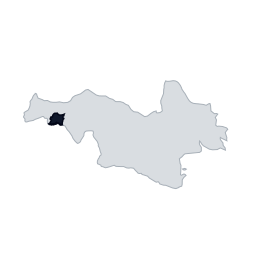 Musan, Hamgyŏng-bukto, North Korea (highlighted), rotated 239°
{"feature_id": "82179303B23816821783286", "entity_name": "Musan", "entity_type": "district", "adm_level": 2, "iso_a3": "PRK", "parent_name": "North Korea", "parent_adm1": "Hamgyŏng-bukto", "projection": "mercator", "projection_center": [129.196, 42.155], "detail": "fine", "context": "in_parent", "style": "filled", "palette": "ink", "viewbox_px": 256, "rotation_deg": 239, "n_neighbors": 0, "source": "geoboundaries", "source_scale": "gbopen_adm2", "svg_char_len": 5354}
<svg xmlns="http://www.w3.org/2000/svg" viewBox="0 0 256 256"><g transform="rotate(239 128 128)"><path d="M149.0,184.7L148.1,185.2L146.6,187.8L145.3,191.1L143.9,192.9L142.4,193.9L140.7,194.5L137.5,194.8L134.5,194.5L133.6,194.2L129.5,194.4L128.4,194.6L122.5,194.4L119.5,194.6L117.5,195.3L115.6,196.6L113.9,198.7L112.4,200.8L109.3,204.8L107.2,206.7L107.2,209.4L107.1,210.3L106.4,210.9L106.1,210.6L104.9,210.4L99.9,207.9L95.8,209.4L94.8,211.4L93.7,212.1L92.1,208.2L89.4,208.0L85.2,204.6L83.4,205.3L82.9,206.7L80.6,209.8L77.4,212.5L76.3,212.8L75.2,212.6L75.3,211.9L74.0,209.0L68.9,207.8L67.1,206.5L66.1,206.2L71.1,202.9L72.4,202.3L71.5,201.6L70.4,201.2L66.3,201.7L64.1,200.6L61.0,201.0L58.8,200.1L63.3,196.9L63.5,194.9L63.5,193.5L65.8,189.2L68.0,186.8L74.0,183.4L76.6,182.9L78.4,183.0L80.0,182.7L78.4,181.4L76.8,180.8L73.7,180.9L70.5,179.0L70.2,176.9L76.4,163.8L76.5,162.6L75.5,159.3L75.2,156.2L70.8,154.4L68.8,154.2L63.2,150.6L60.9,148.9L60.0,149.4L59.8,152.2L59.0,152.9L57.5,153.4L56.8,150.2L55.6,147.8L51.8,145.4L50.5,144.1L51.1,141.3L50.8,141.0L51.4,137.8L53.7,135.3L59.4,130.9L60.8,128.9L63.7,126.4L65.0,126.5L66.3,126.3L66.7,125.2L67.0,124.3L68.2,123.6L70.9,122.2L74.1,120.5L76.6,120.0L79.7,117.3L80.9,116.1L82.2,116.1L82.5,115.6L83.2,114.2L84.2,113.3L85.6,113.1L87.8,112.5L90.6,112.1L92.5,109.8L93.1,108.2L94.4,106.4L97.1,104.5L98.9,101.6L100.9,98.5L101.9,97.5L102.9,97.3L103.4,96.2L104.1,92.8L105.0,89.6L105.6,88.1L107.9,86.4L108.5,85.6L109.0,85.3L110.1,85.6L111.6,84.6L113.0,83.5L114.2,83.9L115.5,84.8L116.8,86.6L117.4,88.0L118.5,89.2L118.7,90.9L119.7,91.7L122.0,92.1L125.6,93.2L128.0,93.3L129.3,94.2L132.2,94.7L137.8,94.0L140.1,94.4L141.1,95.5L142.5,96.3L143.4,96.4L144.7,94.9L146.0,92.5L146.9,90.6L146.9,89.2L146.1,87.6L144.2,86.2L143.0,83.9L141.9,81.5L141.2,80.8L140.6,79.6L140.5,77.9L140.9,76.7L143.7,75.9L147.3,75.5L150.2,75.9L155.1,75.6L158.1,75.0L160.3,75.1L162.4,75.0L163.3,74.0L166.1,71.6L167.5,70.7L169.0,69.1L169.3,67.4L169.6,66.0L170.4,64.5L171.9,62.6L173.2,61.8L174.6,61.9L176.1,62.8L177.1,63.6L178.1,63.4L179.0,61.9L179.6,61.6L181.3,61.5L181.9,60.6L182.5,56.3L183.2,52.9L183.3,50.6L184.8,46.7L185.3,44.3L186.2,43.2L187.3,43.3L188.2,44.0L189.3,44.4L190.7,44.0L191.8,44.6L192.4,45.9L194.6,46.7L194.8,47.4L194.8,51.6L196.0,53.6L197.5,55.4L199.7,57.1L200.9,57.4L201.6,58.6L202.3,60.6L203.8,62.6L204.7,64.0L204.8,65.5L205.5,66.3L204.3,67.2L202.7,66.7L199.9,66.3L196.4,69.2L194.5,70.3L193.1,73.1L190.4,74.8L188.9,76.6L187.0,79.7L185.7,82.7L182.8,85.8L181.0,89.6L181.0,92.9L182.8,96.2L183.0,99.1L181.7,105.0L182.4,111.2L181.6,113.6L172.6,117.8L170.3,119.9L166.9,125.4L162.9,127.4L160.4,129.7L157.0,131.0L154.7,134.8L152.3,137.0L149.4,138.3L147.2,140.0L142.4,140.1L139.0,141.3L136.5,144.5L129.2,148.1L128.2,150.8L128.7,155.1L128.8,158.3L128.1,160.9L126.5,160.2L125.7,161.1L124.7,163.5L125.0,166.3L127.5,167.2L129.5,168.3L132.4,168.9L134.6,170.2L139.1,176.1L142.8,178.6L143.8,179.6L145.9,180.9L147.9,182.9L149.0,184.7ZM64.1,155.9L62.7,156.8L62.6,155.2L63.7,153.8L64.8,153.6L64.1,155.9Z" fill="#d9dde1" stroke="#a8b0b8" stroke-width="1"/><path d="M177.2,75.0L177.5,74.2L178.0,73.4L178.4,72.6L178.4,72.2L178.3,71.6L178.1,70.9L177.7,70.2L177.4,69.8L177.0,69.4L176.7,69.3L176.5,69.2L176.6,68.6L176.7,68.1L177.1,67.8L177.1,67.5L176.5,67.1L176.4,66.5L176.0,66.1L175.4,65.9L174.9,66.2L174.5,66.4L174.0,66.2L173.6,65.6L173.3,64.9L173.0,64.4L172.8,64.1L172.4,63.5L172.3,63.2L172.5,62.8L172.5,62.7L172.4,62.6L172.4,62.3L172.4,62.1L172.2,62.2L172.1,62.3L172.1,62.5L172.0,62.4L171.9,62.4L171.7,62.4L171.7,62.5L171.8,62.6L171.9,62.8L171.8,63.0L171.6,62.9L171.6,63.0L171.8,63.2L171.9,63.3L172.0,63.4L172.1,63.5L171.9,63.6L171.7,63.5L171.5,63.4L171.4,63.5L171.4,63.8L171.2,63.7L170.9,63.5L170.8,63.8L170.7,63.9L170.7,64.0L170.4,63.9L170.2,63.8L170.0,64.0L170.0,64.3L169.9,64.4L169.8,64.5L169.8,64.8L170.0,65.0L170.3,65.1L170.5,65.4L170.5,65.5L170.4,65.6L170.3,65.8L170.2,65.8L169.9,65.9L169.8,66.0L169.7,66.0L169.7,65.9L169.4,65.7L169.2,65.7L169.1,65.8L169.0,66.0L169.3,66.2L169.3,66.3L169.5,66.3L169.6,66.2L169.8,66.1L170.0,66.1L170.0,66.3L169.9,66.4L169.8,66.5L169.7,66.6L169.3,66.7L169.2,66.8L169.2,67.0L169.3,67.0L169.6,67.0L169.8,67.0L169.7,67.2L169.6,67.3L169.6,67.5L169.4,67.7L169.2,67.7L168.9,67.6L168.7,67.6L168.6,67.8L168.6,68.0L168.6,68.3L168.5,68.5L168.8,68.5L168.9,68.3L169.0,68.3L169.3,68.5L169.2,68.6L169.0,68.8L169.1,69.0L169.2,69.3L169.3,69.3L169.5,69.2L169.6,69.3L169.7,69.5L169.4,69.6L169.2,69.5L168.9,69.6L168.8,69.8L168.9,70.0L168.6,70.1L168.4,70.2L168.2,70.2L168.1,70.3L168.2,70.5L168.3,70.8L168.2,70.9L167.8,70.9L167.7,70.9L167.6,71.0L167.4,71.0L167.4,71.3L167.2,71.5L166.9,71.8L166.8,71.7L166.7,71.6L166.4,71.7L166.2,71.6L166.2,71.4L166.1,71.2L165.9,71.2L165.8,71.3L165.9,71.5L166.0,71.6L166.0,71.8L165.9,71.8L165.7,71.8L165.4,72.0L165.3,71.9L165.2,71.9L165.2,72.0L165.1,72.3L164.9,72.4L164.9,72.5L165.2,72.4L165.2,72.5L165.3,72.5L165.2,72.5L165.1,72.8L164.9,72.9L164.9,73.0L164.7,73.1L164.6,73.4L165.2,73.4L165.5,73.7L165.7,73.9L166.1,74.3L166.7,74.6L167.2,75.1L167.6,75.7L168.4,76.2L168.8,76.7L168.9,76.9L168.9,77.5L169.1,77.8L169.5,77.9L170.1,77.6L170.6,77.5L171.1,77.8L171.4,78.2L171.6,78.6L171.5,79.2L171.9,79.6L172.5,80.0L172.7,80.3L172.9,79.0L173.2,78.3L173.4,77.6L173.7,77.0L174.1,76.5L174.6,75.7L175.1,75.4L175.5,75.5L175.9,75.1L176.1,74.9L176.7,75.0L177.2,75.0Z" fill="#0f172a" stroke="#020617" stroke-width="1.5"/></g></svg>